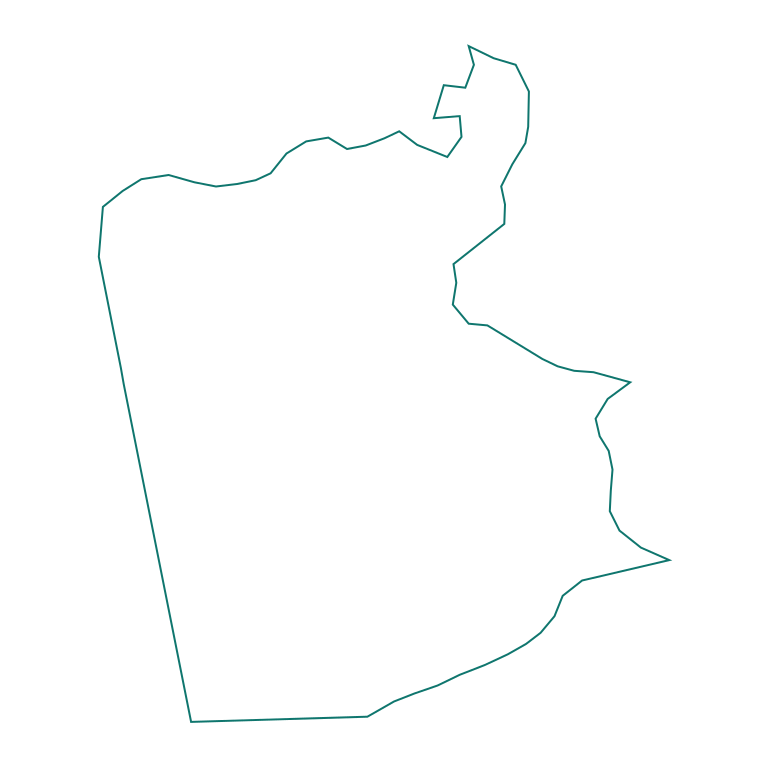 outline of Pacujá, Ceará, Brazil
{"feature_id": "56859067B42415660156267", "entity_name": "Pacujá", "entity_type": "district", "adm_level": 2, "iso_a3": "BRA", "parent_name": "Brazil", "parent_adm1": "Ceará", "projection": "orthographic", "projection_center": [-40.67, -3.999], "detail": "fine", "context": "isolated", "style": "outline", "palette": "teal", "viewbox_px": 768, "rotation_deg": 0, "n_neighbors": 0, "source": "geoboundaries", "source_scale": "gbopen_adm2", "svg_char_len": 970}
<svg xmlns="http://www.w3.org/2000/svg" viewBox="0 0 768 768"><path d="M468.7,46.1L473.9,64.8L465.3,87.7L443.8,85.2L433.8,118.2L459.7,116.1L461.5,136.9L447.3,157.0L417.2,144.9L399.2,131.3L384.4,138.3L365.7,145.5L347.0,149.0L328.3,137.6L306.2,141.4L286.5,153.5L270.6,173.3L255.7,180.2L237.1,184.0L216.0,186.5L194.5,182.3L168.6,175.0L141.3,179.2L122.6,191.0L102.9,206.9L98.8,256.8L120.9,368.1L123.7,384.0L191.1,721.9L367.4,716.7L394.0,701.5L414.4,693.5L437.6,685.5L459.7,674.8L484.6,665.1L507.8,654.3L526.1,643.9L540.6,632.8L554.5,616.2L562.7,595.8L582.1,580.5L669.2,560.1L640.9,547.6L619.5,530.6L609.8,511.2L610.8,490.7L612.5,469.6L608.7,450.9L599.7,436.3L595.6,418.7L607.7,398.9L630.2,382.3L593.5,372.2L574.2,370.8L557.6,366.3L542.4,359.0L487.4,325.4L468.7,323.7L452.8,304.6L456.3,282.8L453.5,264.1L504.3,223.9L505.0,204.5L501.2,186.4L512.3,164.3L525.4,143.1L528.2,126.8L528.9,91.5L515.7,64.8L493.6,58.2L468.7,46.1Z" fill="none" stroke="#0f766e" stroke-width="2"/></svg>